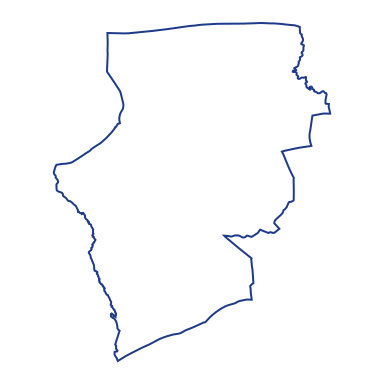 Ham Tan, Bình Thuận, Vietnam
{"feature_id": "81297802B21171501026834", "entity_name": "Ham Tan", "entity_type": "district", "adm_level": 2, "iso_a3": "VNM", "parent_name": "Vietnam", "parent_adm1": "Bình Thuận", "projection": "mercator", "projection_center": [107.623, 10.744], "detail": "fine", "context": "isolated", "style": "outline", "palette": "blue", "viewbox_px": 384, "rotation_deg": 0, "n_neighbors": 0, "source": "geoboundaries", "source_scale": "gbopen_adm2", "svg_char_len": 5842}
<svg xmlns="http://www.w3.org/2000/svg" viewBox="0 0 384 384"><path d="M299.8,26.9L295.1,25.4L284.7,24.4L282.2,24.0L274.0,23.4L270.4,23.4L261.4,23.0L243.8,23.6L217.3,23.8L201.7,24.7L198.0,25.1L195.4,25.5L189.5,26.0L167.5,29.1L152.7,30.9L128.4,33.3L124.1,33.4L107.4,33.0L107.7,42.8L107.5,51.6L107.7,53.6L107.0,71.1L107.1,71.8L114.8,83.1L120.1,91.3L120.7,93.2L121.9,98.0L123.2,103.3L123.4,104.7L123.2,107.5L122.9,108.8L120.4,113.2L119.9,114.7L119.3,117.7L119.3,119.8L119.9,123.3L118.8,123.6L118.0,123.7L117.7,124.0L116.8,125.5L116.3,126.6L115.1,127.2L114.8,128.3L111.4,132.6L105.9,138.4L100.7,143.0L94.1,147.2L91.3,149.2L89.8,150.9L86.1,153.1L82.0,155.9L72.4,162.1L70.6,162.8L68.7,163.2L65.8,163.7L62.5,163.9L56.5,164.8L55.8,165.9L54.9,168.4L53.8,172.5L54.2,174.2L55.5,175.6L55.8,176.3L55.7,177.7L57.1,179.2L57.7,180.2L58.1,181.8L57.9,182.6L56.7,183.9L56.4,184.7L56.6,189.4L56.8,190.3L57.5,191.0L58.4,191.5L60.5,192.2L62.2,193.0L62.9,194.1L62.9,195.4L63.1,195.9L66.3,198.3L67.9,200.6L68.4,200.9L70.2,201.2L72.5,203.0L74.0,204.6L75.6,205.7L76.1,206.3L77.2,208.8L77.8,209.6L77.9,211.2L78.1,211.9L79.0,211.8L79.5,212.7L80.1,213.0L81.5,213.1L81.7,214.1L82.0,214.0L82.3,213.0L83.1,212.8L83.4,213.0L83.7,213.9L84.5,214.7L85.0,215.6L85.0,217.3L85.6,218.6L86.0,219.0L86.7,219.5L87.2,219.9L87.8,220.7L87.7,221.4L87.8,221.7L88.6,221.6L88.9,221.9L89.0,222.6L88.7,223.4L88.8,223.7L89.3,224.0L90.5,224.3L90.9,224.6L91.1,225.0L91.2,225.8L91.5,226.9L92.1,227.6L92.5,228.5L93.2,229.3L92.9,229.9L93.1,231.1L92.9,232.8L93.5,233.8L92.4,235.1L92.3,235.4L92.9,235.8L92.8,236.4L92.8,236.8L93.8,237.0L93.9,237.7L94.4,238.4L94.5,238.9L95.4,239.6L95.4,240.0L94.6,241.5L94.2,241.9L94.1,242.6L93.5,242.8L93.2,243.6L92.2,244.6L92.3,245.1L92.7,245.5L92.8,245.8L92.5,246.2L92.3,247.2L91.5,247.7L91.2,248.1L91.2,248.3L91.6,248.8L91.6,249.2L91.1,250.2L89.9,251.0L88.9,252.0L88.8,252.8L89.2,253.5L90.1,254.8L90.5,255.8L90.6,256.8L90.9,258.1L92.0,260.1L92.1,260.9L92.6,261.7L93.0,263.1L93.8,264.7L94.2,267.4L94.1,268.2L94.5,270.6L94.7,270.8L95.5,270.8L96.1,271.4L97.0,271.7L97.4,272.2L97.3,272.6L96.8,273.3L96.8,273.7L97.0,274.1L97.8,274.6L97.9,275.3L98.2,275.7L98.1,276.1L98.1,276.5L98.5,276.8L98.7,277.7L99.0,278.2L99.1,278.6L99.6,279.1L99.5,279.4L99.0,279.9L99.0,280.3L99.6,281.1L99.3,281.8L99.9,282.3L100.2,283.2L100.7,283.6L100.9,284.0L101.4,284.3L102.1,284.4L102.4,285.2L102.9,285.6L102.8,286.4L103.7,286.8L104.0,287.9L104.7,288.2L104.8,288.5L104.7,288.7L104.2,289.0L104.3,290.9L105.3,291.7L105.5,292.8L106.0,293.5L106.6,294.6L107.9,295.2L108.5,296.6L109.4,298.0L110.0,299.9L111.0,301.6L111.2,302.2L111.2,302.7L110.9,303.5L110.7,304.5L110.7,304.9L112.1,305.8L112.1,306.0L111.6,306.4L111.5,306.7L112.5,307.3L112.7,308.1L113.5,309.1L114.3,309.5L114.3,310.5L115.0,311.1L115.3,312.6L116.0,313.3L115.9,314.1L116.0,315.0L115.9,315.3L115.5,315.6L115.5,316.7L115.1,316.4L114.1,316.3L113.9,316.1L114.2,315.7L114.1,315.3L113.0,314.9L112.5,314.0L111.6,313.5L111.0,314.0L110.9,315.8L111.0,316.4L111.7,317.0L112.6,317.8L114.5,318.8L116.0,321.2L116.4,322.2L116.9,323.9L117.4,326.9L117.4,328.2L118.2,329.6L119.6,330.7L115.2,344.5L115.7,345.0L115.8,345.6L116.2,346.0L116.0,346.6L116.1,347.5L116.0,348.4L116.5,349.4L116.9,349.7L117.4,350.4L117.2,351.4L115.1,351.7L114.6,351.9L114.6,354.9L116.5,357.8L117.8,361.0L126.1,355.9L130.4,353.6L141.4,348.0L149.6,344.3L158.2,339.7L161.7,338.1L166.8,336.3L173.3,334.5L179.0,333.6L180.8,333.0L185.9,330.2L193.2,327.3L203.6,322.5L204.7,322.4L205.4,322.0L206.1,321.4L209.3,317.9L212.1,315.2L216.1,312.0L221.3,308.5L225.4,306.3L228.2,305.2L234.6,303.4L235.6,303.0L236.6,302.3L238.0,301.6L239.6,301.0L246.3,299.6L249.5,299.6L251.7,299.7L250.8,292.7L250.6,288.9L250.2,286.0L252.0,284.1L253.4,283.2L252.5,269.8L251.9,266.1L251.3,259.4L251.6,258.4L237.9,247.4L225.7,237.2L224.2,235.7L227.5,235.9L231.4,236.6L234.3,235.6L235.3,235.4L238.5,235.5L239.7,235.9L242.4,237.4L242.9,237.5L244.8,237.3L245.6,236.8L246.6,235.7L247.2,235.7L247.8,235.8L251.6,236.9L257.6,233.1L258.7,231.8L259.5,230.4L260.1,229.7L268.5,233.0L270.2,232.1L272.8,232.9L273.7,232.9L274.6,232.6L279.4,228.8L274.3,223.3L274.5,221.7L275.0,220.6L276.4,218.9L280.9,214.9L282.1,213.5L282.9,212.3L283.1,211.8L283.3,210.7L283.6,210.1L284.9,209.3L286.6,207.3L288.7,202.4L289.2,202.0L291.1,201.8L292.4,201.2L293.5,200.5L293.7,199.9L293.8,191.5L293.6,179.3L293.8,177.8L291.3,173.1L288.7,167.4L282.9,153.3L281.9,151.6L283.0,151.2L286.4,150.4L294.4,148.7L299.4,147.7L311.4,145.9L310.6,143.4L309.9,140.2L309.5,137.6L309.5,134.7L309.7,133.0L310.3,130.0L312.4,115.6L323.1,113.6L325.8,113.5L328.7,113.7L330.2,113.6L329.3,109.3L328.7,106.9L328.9,104.0L325.8,103.7L325.5,103.3L325.5,100.1L326.6,94.6L326.2,93.2L325.1,93.0L323.9,91.6L323.6,91.3L323.0,91.2L322.0,91.5L321.0,92.4L320.3,92.8L319.2,93.3L318.1,93.3L316.4,92.1L314.4,91.4L314.1,91.1L314.1,89.9L313.9,89.7L313.3,89.5L312.8,89.1L311.9,87.0L311.4,86.6L310.8,86.6L310.2,86.8L309.8,87.0L309.4,87.4L309.4,87.9L309.8,88.4L310.3,88.6L310.5,88.9L310.6,89.3L310.0,89.6L308.9,89.1L308.4,88.5L306.7,87.4L306.4,86.8L306.5,85.7L306.4,85.2L305.4,83.8L305.4,83.4L305.7,82.9L307.0,82.0L307.0,81.6L306.3,80.9L305.9,80.1L305.9,78.9L306.0,77.5L305.9,77.1L305.4,77.1L303.7,77.8L302.5,77.5L301.8,77.5L299.5,78.9L298.7,78.9L298.2,78.8L297.7,77.8L298.2,76.4L296.5,74.8L296.7,73.1L296.6,72.7L296.2,72.4L295.4,72.1L293.0,71.9L292.8,71.8L292.8,71.1L293.1,70.7L296.1,70.2L296.0,69.8L294.3,68.2L294.4,67.9L295.1,67.6L296.5,67.1L297.9,66.0L298.3,65.4L298.3,64.4L298.8,63.3L298.6,61.9L299.7,60.4L300.1,59.1L299.8,57.7L299.9,57.3L301.6,56.4L302.5,55.4L302.6,54.7L302.3,53.9L301.6,53.0L301.6,52.5L303.2,50.8L303.4,50.3L303.4,47.4L303.9,45.8L303.9,45.5L303.7,45.1L301.4,44.1L301.2,43.8L301.3,43.3L302.6,41.5L302.9,40.7L303.0,39.0L302.7,38.2L301.7,36.3L301.7,35.6L301.9,35.0L301.8,34.6L300.5,33.7L300.1,32.9L299.7,27.4L299.8,26.9Z" fill="none" stroke="#1e3a8a" stroke-width="2"/></svg>